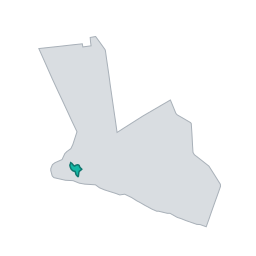 Jordan, with Jarash highlighted, rotated 279°
{"feature_id": "JOR-856", "entity_name": "Jarash", "entity_type": "Province", "adm_level": 1, "iso_a3": "JOR", "parent_name": "Jordan", "parent_adm1": "", "projection": "natural_earth1", "projection_center": [35.881, 32.225], "detail": "fine", "context": "in_parent", "style": "filled", "palette": "teal", "viewbox_px": 256, "rotation_deg": 279, "n_neighbors": 0, "source": "natural_earth", "source_scale": "10m", "svg_char_len": 1706}
<svg xmlns="http://www.w3.org/2000/svg" viewBox="0 0 256 256"><g transform="rotate(279 128 128)"><path d="M75.8,58.1L80.0,59.1L82.4,61.4L86.5,67.8L92.8,69.6L95.3,71.4L98.7,74.8L103.0,76.1L116.3,78.2L126.8,71.0L135.8,65.0L145.9,58.2L152.8,53.5L164.6,45.6L172.3,40.6L182.5,34.0L192.5,27.5L195.4,38.1L198.2,48.5L201.2,59.3L204.0,69.7L201.0,70.7L203.4,78.7L207.3,77.5L211.5,76.5L213.3,81.7L207.6,87.4L201.8,93.1L200.5,93.7L192.9,96.0L177.5,100.8L167.1,103.9L153.9,108.0L142.9,111.4L132.0,114.8L121.9,117.9L127.7,124.4L136.5,134.4L142.4,141.1L149.4,149.7L155.7,157.4L162.3,165.5L157.7,168.3L150.1,172.9L149.3,173.7L148.7,174.5L145.6,182.6L143.1,189.0L142.2,189.8L131.6,192.2L120.8,194.5L114.1,196.0L112.0,197.7L107.6,205.7L103.0,213.9L95.4,220.6L86.9,228.0L84.8,228.5L78.7,227.4L68.2,225.4L58.0,223.5L51.1,222.3L42.7,220.7L43.9,214.4L43.6,211.0L45.6,199.8L46.8,194.6L47.4,190.7L50.3,182.8L49.9,180.2L50.6,171.1L50.3,169.4L51.6,164.4L54.1,157.2L56.5,151.0L57.4,148.2L59.9,142.4L62.1,135.1L60.9,131.2L60.6,130.4L61.5,125.9L62.6,118.5L63.2,114.5L64.5,109.2L66.8,104.7L65.8,94.1L65.9,88.5L67.4,82.0L66.6,74.4L67.3,63.6L67.4,62.6L68.3,61.3L68.9,60.6L73.8,58.4L75.8,58.1Z" fill="#d9dde1" stroke="#a8b0b8" stroke-width="1"/><path d="M73.2,86.5L72.6,86.5L72.2,86.3L72.2,85.9L73.8,84.0L76.5,82.7L76.9,82.3L76.9,81.9L76.9,81.4L77.0,80.7L77.3,79.9L78.0,78.9L78.6,78.2L79.2,77.8L79.6,77.6L80.4,77.1L81.8,76.5L82.3,76.4L83.5,76.7L84.8,76.8L84.3,78.0L82.5,80.1L82.1,80.8L82.1,81.3L82.3,81.6L82.6,81.8L82.9,82.1L83.4,83.0L83.8,84.0L83.7,85.0L83.5,85.4L83.1,85.8L82.6,86.0L82.0,86.4L81.5,86.8L80.1,88.8L78.6,87.7L78.3,87.3L77.9,86.8L77.4,86.6L76.6,86.4L73.2,86.5Z" fill="#14b8a6" stroke="#0f766e" stroke-width="1.5"/></g></svg>